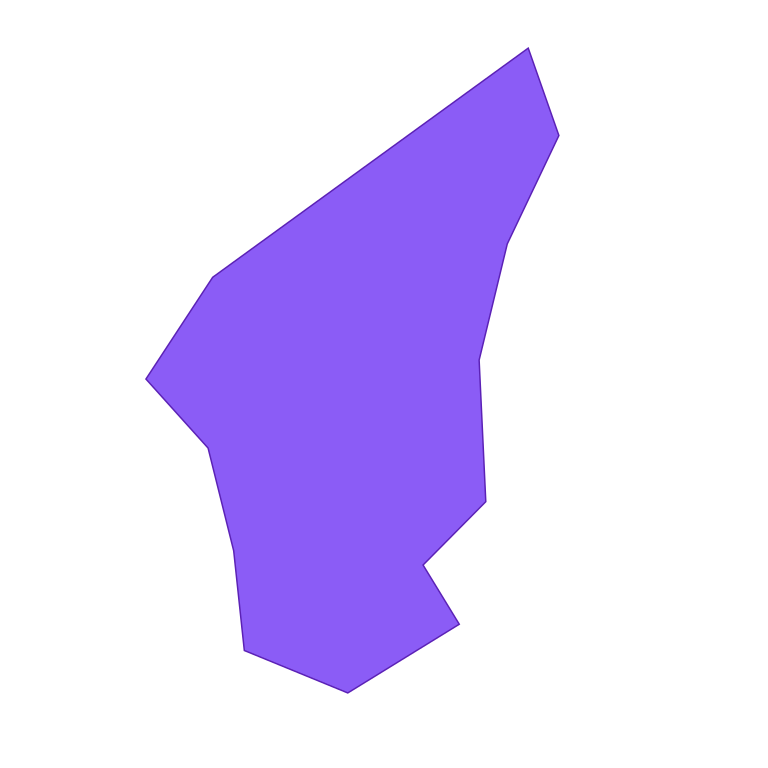 an SVG outline of Saint Peter Basseterre, rotated 256°
{"feature_id": "KNA-5109", "entity_name": "Saint Peter Basseterre", "entity_type": "Parish", "adm_level": 1, "iso_a3": "KNA", "parent_name": "Saint Kitts and Nevis", "parent_adm1": "", "projection": "albers", "projection_center": [-62.712, 17.32], "detail": "fine", "context": "isolated", "style": "filled", "palette": "violet", "viewbox_px": 768, "rotation_deg": 256, "n_neighbors": 0, "source": "natural_earth", "source_scale": "10m", "svg_char_len": 338}
<svg xmlns="http://www.w3.org/2000/svg" viewBox="0 0 768 768"><g transform="rotate(256 384 384)"><path d="M446.4,154.2L529.0,243.6L675.0,605.2L582.8,613.8L490.1,537.5L384.2,482.1L245.2,454.3L198.9,378.1L132.7,398.9L93.0,274.1L159.2,184.0L258.5,197.8L364.4,197.8L446.4,154.2Z" fill="#8b5cf6" stroke="#5b21b6" stroke-width="1.5"/></g></svg>